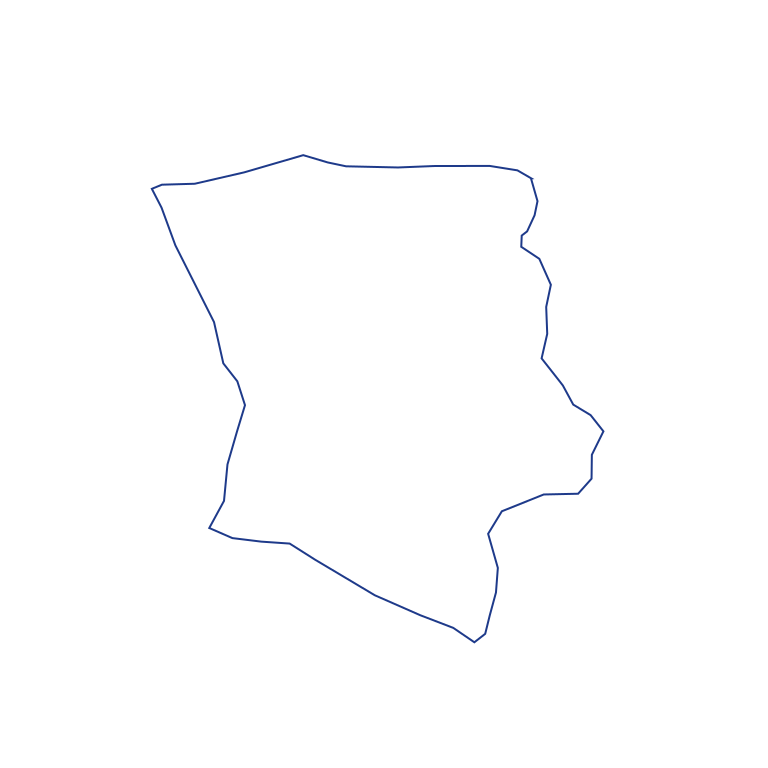 the district of Smedjebacken, Dalarna, Sweden, rotated 336°
{"feature_id": "70781695B69424081161255", "entity_name": "Smedjebacken", "entity_type": "district", "adm_level": 2, "iso_a3": "SWE", "parent_name": "Sweden", "parent_adm1": "Dalarna", "projection": "mercator", "projection_center": [15.509, 60.098], "detail": "fine", "context": "isolated", "style": "outline", "palette": "blue", "viewbox_px": 768, "rotation_deg": 336, "n_neighbors": 0, "source": "geoboundaries", "source_scale": "gbopen_adm2", "svg_char_len": 910}
<svg xmlns="http://www.w3.org/2000/svg" viewBox="0 0 768 768"><g transform="rotate(336 384 384)"><path d="M165.8,444.5L182.8,463.1L207.8,478.1L232.9,491.4L249.6,516.5L254.2,523.0L289.7,573.3L323.1,610.0L348.1,635.0L361.5,656.7L374.8,653.4L375.3,652.8L386.5,638.4L401.5,620.0L413.2,598.3L418.2,563.2L439.9,548.2L485.0,549.9L516.7,563.2L535.1,554.9L537.0,550.8L545.1,533.2L565.2,516.5L560.1,496.5L548.5,479.8L546.8,458.1L545.1,451.2L538.4,424.7L553.5,404.6L563.5,379.6L576.8,361.2L576.8,332.8L565.2,314.5L570.2,304.4L576.8,302.8L590.2,291.1L598.6,279.4L601.9,256.0L602.2,256.1L592.8,243.1L569.3,227.8L519.5,205.7L517.3,204.8L484.9,191.9L437.9,169.7L422.7,158.7L403.3,142.1L342.4,133.8L292.6,124.1L262.2,111.6L252.9,111.3L251.3,111.3L252.5,132.4L249.8,172.5L253.9,258.3L245.6,299.8L251.1,321.9L248.4,346.8L230.4,367.6L208.3,393.8L190.3,425.7L165.8,444.5Z" fill="none" stroke="#1e3a8a" stroke-width="2"/></g></svg>